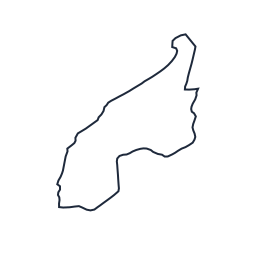 the district of Natal, Rio Grande do Norte, Brazil, rotated 239°
{"feature_id": "56859067B10091866773684", "entity_name": "Natal", "entity_type": "district", "adm_level": 2, "iso_a3": "BRA", "parent_name": "Brazil", "parent_adm1": "Rio Grande do Norte", "projection": "equal_earth", "projection_center": [-35.228, -5.802], "detail": "fine", "context": "isolated", "style": "outline", "palette": "slate", "viewbox_px": 256, "rotation_deg": 239, "n_neighbors": 0, "source": "geoboundaries", "source_scale": "gbopen_adm2", "svg_char_len": 1723}
<svg xmlns="http://www.w3.org/2000/svg" viewBox="0 0 256 256"><g transform="rotate(239 128 128)"><path d="M178.6,225.6L180.2,221.0L180.6,215.0L179.7,211.1L177.7,209.7L174.6,207.6L171.5,210.3L168.8,209.9L166.7,207.9L164.7,204.7L162.8,200.1L161.3,194.9L160.4,189.8L159.9,184.9L159.6,179.8L159.4,175.3L159.4,171.3L159.5,166.3L159.1,162.7L159.1,159.6L159.1,156.2L159.1,153.0L159.0,148.2L159.1,145.2L159.2,141.6L159.5,137.0L159.7,132.2L160.0,127.7L159.9,124.1L158.6,121.4L158.0,118.5L155.2,115.8L153.3,112.2L152.3,108.4L150.4,106.0L150.1,102.3L149.8,98.8L149.5,95.0L149.2,91.5L149.2,86.9L149.2,82.2L146.7,77.9L144.1,76.5L142.7,74.2L142.2,70.8L141.6,65.4L139.1,64.1L135.7,59.9L125.0,50.3L123.1,48.1L120.9,45.1L118.8,41.3L116.2,38.4L113.1,39.7L110.2,38.0L108.8,35.2L106.7,33.5L104.0,33.4L101.5,32.2L98.8,30.0L95.7,28.2L93.2,31.5L90.1,37.2L88.1,41.9L86.3,45.7L83.7,47.6L79.3,50.5L76.7,53.4L75.4,57.2L75.8,61.1L76.0,64.1L76.4,68.1L76.8,72.8L77.2,77.1L77.7,81.4L78.7,87.2L80.9,89.1L84.0,90.6L88.9,93.1L92.9,95.2L98.5,98.0L101.8,99.7L105.1,101.2L107.4,103.1L108.4,106.3L107.6,110.0L106.0,113.2L105.5,116.6L105.5,119.8L104.9,123.8L103.8,127.8L102.6,130.7L100.8,133.4L97.4,136.2L94.6,137.2L90.4,140.2L87.6,143.4L84.7,144.7L83.1,147.4L82.6,152.4L82.5,155.6L82.7,159.1L82.7,163.3L82.0,167.4L81.9,171.6L82.1,175.9L83.8,179.0L85.7,181.1L88.9,182.2L92.2,182.7L95.3,183.6L98.0,186.1L100.0,188.6L103.0,192.1L106.6,192.2L109.1,191.1L111.7,191.9L113.5,193.4L115.5,196.0L117.9,200.3L120.7,203.6L123.1,204.8L125.6,208.3L126.9,205.1L129.4,200.2L131.7,196.6L134.1,198.3L135.8,200.7L137.9,203.1L140.4,205.2L143.5,208.3L146.8,211.8L150.1,215.3L153.3,218.5L160.7,225.7L163.1,227.8L178.6,225.6Z" fill="none" stroke="#1e293b" stroke-width="2"/></g></svg>